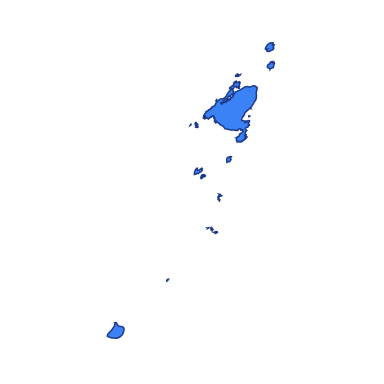 outline of Vestmannaeyjabær, Suðurland, Iceland, rotated 325°
{"feature_id": "244011B92581391550134", "entity_name": "Vestmannaeyjabær", "entity_type": "district", "adm_level": 2, "iso_a3": "ISL", "parent_name": "Iceland", "parent_adm1": "Suðurland", "projection": "robinson", "projection_center": [-20.315, 63.394], "detail": "fine", "context": "isolated", "style": "filled", "palette": "blue", "viewbox_px": 384, "rotation_deg": 325, "n_neighbors": 0, "source": "geoboundaries", "source_scale": "gbopen_adm2", "svg_char_len": 6169}
<svg xmlns="http://www.w3.org/2000/svg" viewBox="0 0 384 384"><g transform="rotate(325 192 192)"><path d="M294.2,128.9L290.6,127.7L291.8,127.1L291.9,126.6L290.2,126.2L288.7,126.7L288.2,127.1L288.2,127.7L287.0,128.3L286.2,128.0L284.7,128.3L282.9,128.1L282.5,128.5L283.5,128.7L283.1,129.8L283.5,130.2L282.6,130.5L281.2,130.2L280.9,130.5L281.2,130.7L280.7,131.0L278.7,131.3L275.1,133.0L272.7,133.6L270.9,133.4L269.1,132.4L267.5,131.9L263.0,132.7L260.3,134.2L258.8,134.2L257.3,133.7L255.9,134.7L255.2,134.7L255.2,134.3L253.1,134.7L252.6,134.4L253.5,134.0L251.4,134.6L250.1,134.2L250.2,134.5L249.7,134.8L247.3,135.2L245.1,136.4L244.9,137.1L244.2,137.2L243.7,137.9L243.9,138.5L244.2,138.6L244.9,138.3L245.8,137.0L246.3,137.1L246.5,137.4L246.0,138.3L246.2,138.7L245.0,139.5L246.5,139.8L247.1,140.3L247.4,140.8L247.1,141.5L247.3,141.7L249.1,141.4L250.5,141.8L251.4,140.4L251.2,141.5L252.6,141.5L252.0,141.8L252.5,141.8L252.2,142.0L252.7,142.4L252.3,142.6L252.8,142.5L252.7,143.0L253.4,143.3L253.2,143.9L253.5,143.9L252.4,144.4L252.8,144.7L252.8,145.1L251.8,145.8L251.9,146.1L251.0,146.9L251.4,147.2L251.2,147.6L252.2,147.7L251.6,148.3L252.1,148.6L251.5,149.0L252.2,149.1L253.3,150.2L253.3,151.2L253.8,152.1L253.5,152.5L255.3,156.4L255.3,159.1L260.0,164.1L260.9,164.4L263.1,166.5L263.9,166.8L263.7,167.2L265.2,167.8L266.4,167.3L267.4,167.7L267.7,168.2L267.6,168.7L267.8,168.6L267.7,169.2L268.3,169.4L268.1,169.6L268.6,169.8L268.3,170.1L269.2,170.5L269.0,171.2L267.9,172.1L264.9,171.9L264.4,172.3L264.0,172.0L262.8,173.2L259.8,172.9L260.2,173.2L259.4,173.5L258.2,174.6L258.1,175.9L257.5,176.7L257.7,177.1L259.6,177.3L259.5,178.2L260.5,178.6L260.6,179.1L261.7,179.3L262.3,178.7L262.6,179.3L263.8,179.2L263.7,179.0L265.2,179.4L267.2,178.9L265.8,178.4L267.1,177.4L268.2,177.7L267.8,177.1L268.6,176.7L267.8,176.1L269.0,176.0L268.5,175.4L268.8,174.9L270.2,173.5L272.0,173.1L271.8,172.8L272.0,172.5L271.8,172.4L272.1,170.6L273.4,170.2L274.9,170.9L276.2,170.1L277.3,170.3L277.5,169.9L276.5,169.9L277.0,169.5L276.8,169.4L277.4,168.1L278.9,167.6L280.0,166.5L278.8,165.6L277.0,166.0L275.2,165.6L276.7,164.7L275.9,164.3L275.4,163.5L273.7,162.1L274.7,160.6L276.4,159.5L278.1,159.4L280.0,158.1L280.4,157.4L283.4,157.2L283.7,156.7L285.0,157.0L287.1,156.6L288.0,157.4L287.9,156.7L289.9,156.3L290.7,155.6L292.7,155.1L294.6,153.9L296.3,153.5L296.3,153.2L298.0,152.5L300.4,149.6L301.6,147.3L303.9,145.5L303.8,145.0L304.7,144.2L305.1,144.2L304.8,143.0L305.0,142.9L304.6,142.6L304.3,140.8L302.7,140.0L299.5,139.2L298.0,137.5L295.9,136.3L289.7,136.0L285.0,135.0L283.7,135.7L280.8,136.3L280.6,137.1L280.2,137.1L280.6,137.2L280.3,137.4L274.6,137.1L276.4,137.4L277.0,138.0L276.4,137.7L276.2,137.8L276.5,138.1L276.1,138.2L273.9,137.8L274.0,137.6L273.5,137.5L273.7,136.8L272.9,136.8L272.6,137.4L272.0,137.2L271.7,138.0L270.7,137.7L271.0,137.2L270.6,136.7L267.7,136.7L267.7,137.1L266.5,136.9L266.5,135.6L267.7,135.6L267.7,136.1L269.5,136.1L270.0,135.4L271.3,135.3L274.7,135.7L275.9,135.1L276.3,134.6L278.0,135.0L278.0,136.1L278.3,136.2L278.2,135.0L282.2,134.7L283.9,133.5L283.7,132.7L284.2,131.9L283.8,131.2L285.8,130.8L287.0,129.9L288.9,130.9L288.8,131.5L287.7,132.1L289.1,131.9L289.8,132.3L289.5,133.7L290.2,134.1L290.7,133.1L291.5,132.8L291.3,131.9L293.4,130.7L293.5,130.2L293.2,129.9L294.3,129.7L294.2,128.9ZM54.8,259.2L55.0,255.8L54.5,255.1L53.6,254.8L53.7,255.4L51.4,257.4L47.0,259.0L42.0,260.0L40.7,260.7L39.9,261.7L42.2,265.2L46.8,268.9L48.5,269.0L48.8,269.4L52.0,269.2L53.9,268.6L55.9,267.1L57.3,265.9L58.2,264.4L58.1,263.4L57.5,262.2L55.6,260.5L54.8,259.2ZM341.7,114.7L338.6,114.6L335.6,115.7L334.5,116.5L334.1,117.1L335.1,117.6L335.1,118.2L335.4,118.3L334.4,118.5L334.2,119.9L335.2,120.8L336.9,121.4L337.1,121.1L340.0,121.9L340.4,121.3L341.2,121.3L341.2,120.9L341.7,120.6L341.5,119.8L343.6,118.7L342.6,118.2L342.1,117.4L343.3,117.3L344.1,116.4L341.7,114.7ZM331.5,130.6L330.8,130.7L330.8,131.2L329.7,131.1L329.3,131.7L328.0,131.3L326.6,131.5L326.3,132.1L325.4,132.6L325.3,133.5L326.6,135.7L326.2,136.3L327.0,136.0L330.2,136.7L331.0,135.5L333.3,134.0L333.7,133.0L332.4,133.0L332.2,132.3L331.8,132.5L333.1,131.5L331.8,131.0L331.5,130.6ZM209.8,175.5L209.4,175.3L207.7,175.8L205.7,177.0L204.0,179.0L205.3,179.6L206.6,179.6L207.6,180.5L209.7,180.2L211.0,180.7L212.8,180.0L213.7,179.0L212.5,178.4L212.9,178.1L210.5,178.1L209.4,177.8L208.9,177.1L209.4,176.5L208.8,176.2L209.8,175.5ZM241.0,184.1L240.1,184.3L239.2,185.1L237.6,187.8L239.3,188.0L240.0,188.7L242.0,188.1L242.7,187.7L242.6,186.4L244.5,185.6L243.9,185.0L241.0,184.1ZM213.7,210.0L212.9,209.3L213.0,209.9L210.1,211.1L209.8,212.2L209.1,213.0L209.5,213.5L209.2,214.4L209.4,215.1L210.4,214.2L209.9,213.1L210.3,212.2L211.8,211.5L214.2,212.1L213.5,210.6L213.7,210.0ZM209.7,183.8L208.5,184.3L208.4,184.6L208.8,184.7L207.7,185.1L207.8,185.4L207.5,185.6L209.1,185.9L210.1,185.5L210.6,185.4L211.7,186.2L210.8,186.7L212.3,186.5L212.1,184.9L210.7,183.9L209.7,183.8ZM297.0,121.4L296.5,121.3L295.9,121.8L295.3,121.6L295.0,122.2L294.5,122.2L294.4,121.9L294.0,122.3L296.6,124.0L296.9,123.6L296.5,123.1L297.3,122.2L297.0,121.4ZM188.3,239.6L189.7,239.7L189.9,239.0L188.7,238.0L186.9,237.6L187.5,238.2L187.2,239.2L188.5,239.2L188.3,239.6ZM186.8,232.2L186.4,233.0L187.2,233.2L185.8,234.5L186.1,235.4L187.5,234.9L187.3,234.7L187.7,234.3L187.7,233.8L187.3,233.5L187.6,233.2L187.1,233.0L187.4,232.2L186.8,232.2ZM235.1,139.2L233.2,139.0L233.5,139.2L232.9,139.5L232.8,140.1L235.3,140.3L235.1,139.2ZM234.8,137.1L233.9,137.5L233.6,138.0L234.2,138.6L235.3,138.8L235.1,138.1L235.3,137.5L234.8,137.1ZM234.3,141.7L233.2,140.9L232.3,141.2L233.3,142.2L234.2,142.3L234.3,141.7ZM121.7,249.5L120.5,250.0L120.2,250.6L121.2,250.6L122.7,250.0L121.7,249.5ZM209.4,186.3L207.7,186.0L207.6,186.4L209.4,186.3ZM282.9,162.9L282.3,162.2L281.7,162.9L282.0,163.1L282.9,162.9ZM211.2,185.9L210.3,185.5L209.9,185.9L210.2,186.2L210.8,185.9L211.0,186.3L211.2,185.9ZM264.6,131.3L265.0,130.6L263.8,131.0L264.0,131.3L264.6,131.3ZM230.0,135.9L229.5,135.8L228.6,136.4L229.7,136.4L230.0,135.9ZM184.3,230.8L184.1,230.9L184.8,231.0L183.9,230.3L184.0,230.6L183.2,230.7L184.3,230.8ZM299.1,123.6L298.1,123.4L297.9,123.4L298.6,123.9L299.1,123.6Z" fill="#3b82f6" stroke="#1e3a8a" stroke-width="1.5"/></g></svg>